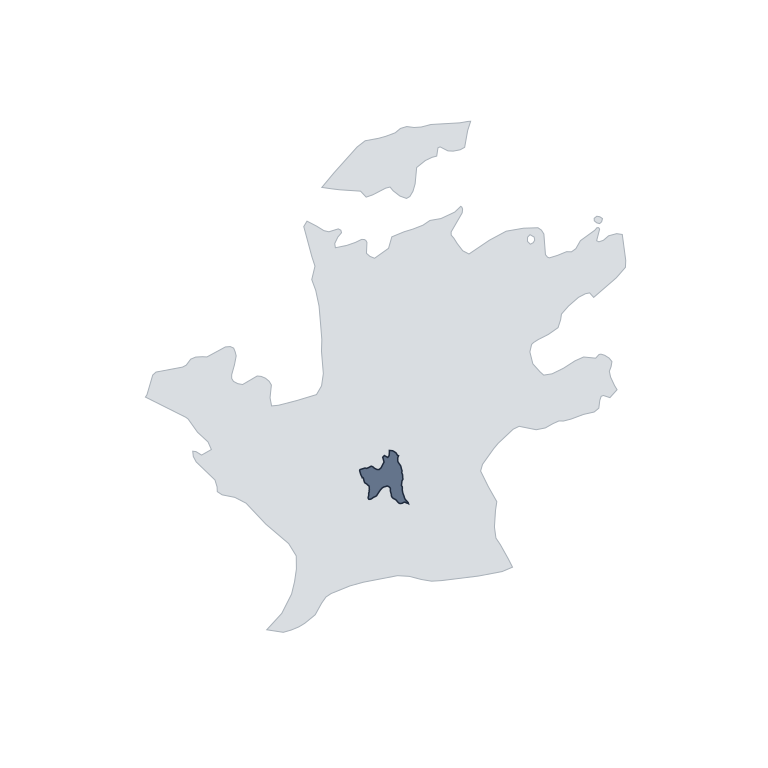 location of Agsu District, Ağsu, Azerbaijan, rotated 119°
{"feature_id": "54616110B12323901372431", "entity_name": "Agsu District", "entity_type": "district", "adm_level": 2, "iso_a3": "AZE", "parent_name": "Azerbaijan", "parent_adm1": "Ağsu", "projection": "robinson", "projection_center": [48.44, 40.562], "detail": "fine", "context": "in_parent", "style": "filled", "palette": "slate", "viewbox_px": 768, "rotation_deg": 119, "n_neighbors": 0, "source": "geoboundaries", "source_scale": "gbopen_adm2", "svg_char_len": 5000}
<svg xmlns="http://www.w3.org/2000/svg" viewBox="0 0 768 768"><g transform="rotate(119 384 384)"><path d="M511.1,586.3L508.3,586.1L488.3,590.6L484.1,589.2L466.9,568.4L463.4,566.1L456.0,565.1L451.7,561.7L448.2,556.1L446.2,552.0L428.5,540.7L425.8,536.6L425.5,532.9L428.1,529.7L431.1,526.9L439.7,524.1L449.8,521.7L453.0,519.9L454.7,516.9L454.6,512.1L453.0,507.4L438.5,498.8L436.9,495.1L436.4,490.5L437.3,485.8L439.5,482.0L451.3,477.0L457.7,471.7L453.7,465.9L441.0,452.5L426.0,437.9L415.9,437.7L404.3,442.1L385.6,454.6L375.3,459.9L361.9,468.8L347.3,478.6L335.2,489.1L327.7,497.8L314.4,501.5L307.6,508.8L285.2,530.5L278.9,530.3L278.6,519.5L279.0,510.9L277.6,506.0L270.5,499.2L270.4,496.3L272.3,494.5L277.9,495.6L285.0,495.2L288.4,492.6L280.8,483.7L274.1,477.7L268.4,473.7L267.2,471.3L267.2,469.6L268.4,467.6L278.2,462.7L279.2,458.2L278.6,453.2L263.1,445.8L251.5,448.5L241.1,440.2L234.5,433.8L226.2,426.9L218.7,423.1L211.7,414.4L199.4,405.5L191.4,403.0L191.6,401.6L193.0,400.0L196.4,398.6L218.5,399.0L221.2,397.4L222.6,393.6L225.7,388.0L229.3,379.7L229.1,372.7L207.1,361.5L191.1,351.2L180.1,337.5L172.7,325.1L173.1,320.9L175.3,316.9L192.6,305.5L193.8,302.5L193.5,300.5L187.4,294.6L179.8,288.5L177.5,284.1L172.6,281.8L163.4,281.7L147.4,274.2L144.0,273.5L143.2,272.0L144.0,270.5L155.6,267.5L155.5,265.0L152.0,261.8L145.5,259.4L139.7,253.4L137.7,248.1L158.7,232.5L164.9,229.4L178.5,232.3L206.6,242.6L204.6,248.3L207.4,251.6L213.9,255.9L226.3,260.4L236.8,262.7L242.1,260.7L250.3,259.1L260.8,264.2L270.4,270.7L275.2,273.3L277.8,274.1L285.2,272.0L294.2,263.6L297.7,253.5L298.8,248.6L293.6,241.9L283.1,234.6L271.2,228.2L263.6,222.5L258.8,211.4L253.9,210.2L252.7,208.7L251.9,204.9L252.2,199.6L253.9,195.5L258.8,193.8L263.6,193.1L268.1,189.2L273.6,181.6L276.0,177.4L286.4,179.8L287.7,186.6L289.5,188.1L293.8,187.3L301.0,184.4L306.6,186.6L313.9,194.8L324.0,203.4L329.4,209.1L331.5,213.1L336.7,217.0L344.2,221.6L350.2,228.7L355.5,245.3L360.9,249.1L380.5,255.4L387.3,256.7L406.5,258.9L413.3,257.3L423.2,243.0L432.2,228.3L440.5,225.2L455.5,218.1L464.5,211.4L468.2,204.2L476.7,190.5L481.9,182.8L490.7,189.7L506.1,208.2L528.0,238.3L533.4,246.8L536.9,256.7L540.0,268.7L545.1,279.3L567.4,306.0L577.1,315.9L592.8,328.6L598.4,331.5L605.8,332.3L619.2,332.3L631.7,337.3L637.8,340.8L644.2,345.9L650.0,351.7L655.8,367.4L634.2,362.2L612.5,363.0L600.2,366.4L588.3,370.9L576.9,377.4L569.8,390.0L563.9,419.3L555.1,446.9L555.5,459.6L559.4,471.8L559.0,477.6L554.9,480.1L549.9,485.3L543.2,510.5L539.9,515.6L535.5,518.7L534.3,515.7L534.6,509.1L525.0,503.2L520.0,509.8L516.6,523.7L509.6,538.3L509.2,541.1L511.1,586.3ZM189.7,327.7L190.8,323.8L188.1,322.0L185.2,321.9L182.7,323.9L182.6,328.7L186.0,329.6L189.7,327.7ZM116.9,441.9L113.6,437.8L112.2,435.6L121.8,433.7L137.9,428.2L142.2,430.9L146.8,436.4L149.1,441.1L149.4,449.9L151.3,451.3L159.1,448.4L162.5,451.9L168.5,456.2L178.8,460.4L193.9,453.8L201.4,452.1L207.5,452.3L210.8,454.3L211.9,461.2L210.6,469.6L208.8,474.2L211.9,477.5L224.2,485.7L229.2,490.2L226.7,498.0L235.7,517.1L238.7,524.5L242.2,533.7L223.4,530.1L189.7,522.4L180.4,518.4L171.7,507.8L166.6,502.6L158.9,496.0L152.5,493.5L147.8,488.9L145.1,482.1L141.2,476.0L134.3,468.8L118.9,444.4L116.9,441.9ZM139.3,279.2L137.2,280.5L134.1,279.2L133.1,276.2L133.4,273.1L136.6,272.3L139.2,273.2L139.9,276.1L139.3,279.2Z" fill="#d9dde1" stroke="#a8b0b8" stroke-width="1"/><path d="M476.8,304.6L476.0,305.4L475.1,308.0L474.7,309.3L473.9,310.6L472.8,311.7L471.7,312.9L471.1,313.7L470.0,314.9L468.6,316.0L467.6,316.8L466.3,317.4L465.0,318.2L464.4,319.5L462.5,320.3L460.1,321.3L458.0,321.3L456.8,322.3L455.9,322.8L454.3,323.8L453.9,324.3L452.9,325.6L451.7,325.9L451.2,326.1L450.1,327.3L449.1,328.2L447.6,329.6L446.9,330.9L446.3,332.2L445.5,333.7L444.8,334.6L443.1,335.5L442.0,336.2L439.8,336.5L439.7,336.5L439.8,337.7L438.4,340.1L438.2,342.5L438.2,344.1L439.5,347.1L441.1,346.2L444.1,344.8L446.4,345.1L446.4,346.8L446.4,349.0L448.7,349.6L450.6,347.7L452.3,346.1L454.7,346.1L458.6,345.9L461.2,346.8L462.2,348.7L462.3,351.5L461.8,353.7L462.1,355.4L464.2,356.7L466.2,358.2L466.7,359.9L468.8,361.9L470.5,363.5L471.3,363.4L471.6,363.3L474.3,360.6L475.2,359.4L476.3,357.8L476.4,357.7L476.1,357.6L476.1,357.0L476.5,356.2L477.0,355.8L478.1,354.8L478.7,354.2L479.5,353.3L479.8,352.5L479.8,351.4L479.8,350.8L480.3,349.0L480.4,347.9L480.9,347.2L482.0,346.5L482.8,346.1L483.4,345.6L484.4,345.4L485.5,344.6L486.6,344.6L487.5,344.2L488.5,343.5L489.5,343.2L490.9,342.9L491.6,342.4L492.2,341.4L491.6,340.3L490.8,339.5L489.7,338.9L488.3,338.3L487.5,337.7L486.3,336.8L485.3,336.3L483.1,336.2L480.6,336.0L478.4,335.8L477.1,335.5L475.6,335.1L474.1,334.2L473.1,333.1L472.6,332.6L471.7,331.9L471.5,330.8L471.5,329.6L471.8,328.4L472.6,327.5L473.4,327.2L474.3,326.7L474.9,326.2L476.1,325.0L476.8,324.2L478.0,323.5L478.8,322.7L479.2,321.8L479.6,320.4L479.5,319.3L479.5,318.3L479.7,316.7L480.2,315.7L480.6,314.6L481.0,312.8L480.5,311.5L479.4,310.2L478.0,309.4L477.1,308.4L477.2,306.8L476.8,305.4L476.8,304.6Z" fill="#64748b" stroke="#1e293b" stroke-width="1.5"/></g></svg>